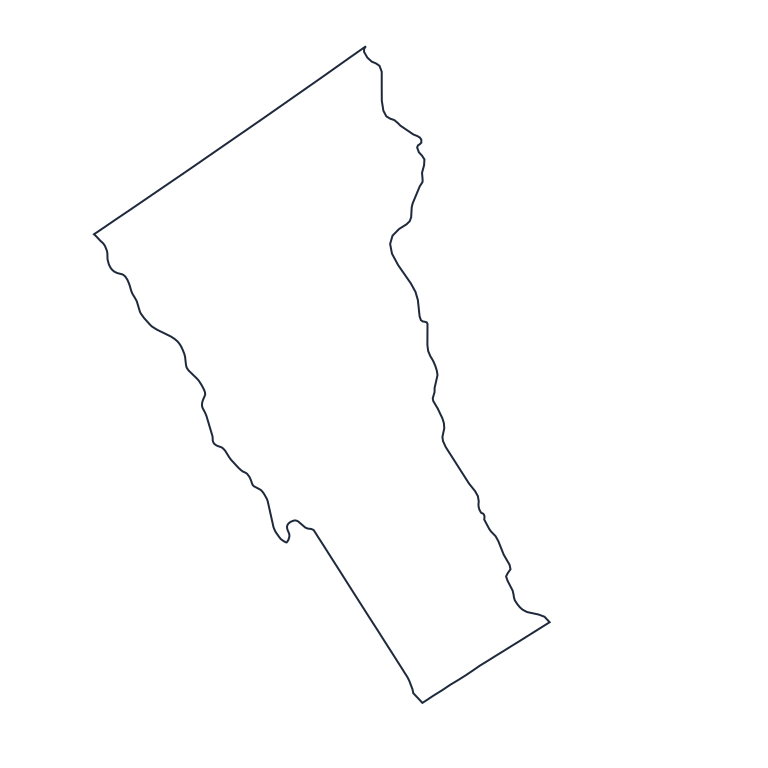 SVG path tracing the border of Vermont, rotated 326°
{"feature_id": "USA-3540", "entity_name": "Vermont", "entity_type": "State", "adm_level": 1, "iso_a3": "USA", "parent_name": "United States of America", "parent_adm1": "", "projection": "orthographic", "projection_center": [-72.807, 43.872], "detail": "fine", "context": "isolated", "style": "outline", "palette": "slate", "viewbox_px": 768, "rotation_deg": 326, "n_neighbors": 0, "source": "natural_earth", "source_scale": "10m", "svg_char_len": 3647}
<svg xmlns="http://www.w3.org/2000/svg" viewBox="0 0 768 768"><g transform="rotate(326 384 384)"><path d="M227.3,97.7L236.6,97.7L254.5,97.6L272.3,97.6L290.2,97.5L308.1,97.4L325.9,97.3L343.8,97.2L361.6,97.0L379.5,96.8L397.4,96.6L415.2,96.4L433.1,96.2L450.9,95.9L468.8,95.6L486.6,95.3L504.5,95.0L522.4,94.6L540.2,94.2L557.8,93.9L555.0,95.0L553.2,97.4L552.7,104.1L554.1,109.9L556.6,113.7L558.2,117.7L556.7,123.9L548.8,135.6L540.6,147.9L536.3,157.1L535.6,163.4L537.5,167.5L540.1,170.9L541.4,175.4L542.1,179.1L547.9,193.6L550.3,197.1L551.5,199.7L551.6,202.2L549.9,204.8L547.8,205.2L545.5,205.2L543.7,206.5L542.5,211.4L543.2,216.0L543.1,220.4L539.6,225.0L533.6,230.2L530.5,235.8L528.9,238.1L524.2,240.1L508.6,250.4L505.7,253.1L499.8,260.9L496.4,263.4L492.1,264.2L483.2,263.9L474.0,265.8L467.4,271.3L463.5,280.4L462.2,293.3L462.5,315.6L461.6,325.3L459.0,333.4L451.4,347.7L450.3,351.7L451.1,353.8L452.7,355.3L453.9,356.8L453.6,358.6L441.8,375.9L439.1,381.2L438.0,386.5L437.7,392.1L436.7,397.6L435.2,402.6L433.3,406.6L423.7,415.6L421.4,419.0L416.4,423.1L415.3,425.7L414.8,434.5L413.2,445.1L411.7,450.1L409.2,454.4L402.8,460.6L401.0,464.3L399.9,470.9L398.8,514.2L399.6,523.7L399.1,529.5L396.9,534.3L395.0,536.6L393.7,538.9L392.8,541.5L392.5,544.8L392.7,545.5L393.1,546.0L393.6,546.7L393.8,548.2L393.4,549.7L392.5,551.0L391.3,552.4L390.2,562.8L390.2,565.9L391.4,572.5L390.9,578.2L387.8,592.5L387.0,604.1L385.3,608.3L380.8,610.0L377.6,611.8L376.4,616.3L375.1,627.3L373.7,630.9L372.4,633.6L371.5,636.5L371.4,641.1L371.8,645.1L372.5,648.0L373.6,650.4L375.2,653.2L383.2,661.5L386.9,666.7L388.1,674.1L378.9,673.8L369.8,673.5L360.7,673.2L351.5,672.9L342.4,672.5L333.2,672.2L324.1,671.8L314.9,671.5L305.8,671.1L297.9,671.2L288.8,671.2L279.6,670.9L270.7,670.4L261.5,670.4L250.7,670.0L239.5,669.9L237.5,669.8L235.4,656.7L236.9,653.0L239.0,644.1L239.5,640.0L239.6,637.2L239.6,635.4L239.8,630.1L240.0,621.9L240.3,611.3L240.6,598.7L241.0,584.7L241.3,569.7L241.7,554.2L242.1,538.8L242.5,523.8L242.9,509.7L243.2,497.2L243.5,486.6L243.7,478.4L243.8,473.1L243.9,471.2L244.0,465.7L242.7,463.6L240.9,462.0L240.0,461.3L238.5,459.1L236.0,450.0L235.2,448.6L234.1,447.4L232.8,446.8L229.9,446.1L228.5,446.1L227.2,446.2L226.0,446.5L224.9,447.1L223.9,447.9L223.2,449.1L222.6,450.4L221.7,454.8L221.2,456.2L220.4,457.3L219.5,458.3L217.5,459.8L215.5,460.7L214.8,460.9L214.4,460.7L214.0,460.2L212.7,457.6L211.7,454.7L211.5,451.6L211.4,446.1L211.8,443.3L212.3,441.0L222.1,416.0L222.7,413.3L223.1,407.9L223.0,405.3L222.7,403.3L222.2,402.1L218.9,395.9L218.7,394.4L218.9,392.9L220.0,388.9L220.5,385.6L220.4,383.6L220.3,382.0L219.9,380.8L219.4,379.8L218.0,377.6L217.3,375.5L216.5,372.3L214.8,361.2L214.7,357.4L215.0,350.5L214.7,348.3L214.3,346.6L213.8,345.5L211.4,342.3L210.6,340.9L209.8,338.6L209.9,336.9L210.3,335.3L212.5,331.7L218.9,311.3L219.6,307.9L220.2,302.6L220.6,301.1L221.2,299.9L222.0,298.7L223.8,296.9L225.9,295.4L228.0,294.1L229.9,292.7L230.9,290.9L231.6,288.1L232.2,282.7L232.3,277.8L232.0,275.2L229.6,263.8L229.5,261.8L229.6,260.0L230.1,258.5L230.7,257.1L234.2,250.4L235.3,247.4L236.2,243.2L236.8,239.5L236.9,237.1L236.8,234.7L236.6,233.2L235.6,229.5L233.9,225.5L226.3,212.3L223.8,206.7L223.3,204.6L222.0,195.4L221.8,189.8L221.9,188.4L222.3,186.8L225.3,177.2L225.6,174.2L225.9,168.5L226.5,165.5L228.2,160.3L228.8,158.0L229.5,154.4L229.6,152.2L229.6,150.5L229.4,149.2L229.0,148.1L228.5,146.9L225.1,143.1L224.3,141.9L223.5,140.5L222.7,138.3L222.4,136.6L222.3,135.0L222.6,132.1L222.9,130.6L224.0,127.4L224.6,125.9L227.7,121.0L228.5,119.3L229.1,117.2L229.8,113.9L229.9,111.9L229.8,110.2L228.9,106.5L228.0,100.6L227.3,97.7Z" fill="none" stroke="#1e293b" stroke-width="2"/></g></svg>